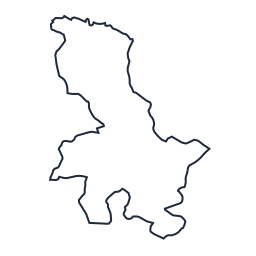 map outline of Caldas (Albers equal-area conic projection), rotated 273°
{"feature_id": "COL-1397", "entity_name": "Caldas", "entity_type": "Department", "adm_level": 1, "iso_a3": "COL", "parent_name": "Colombia", "parent_adm1": "", "projection": "albers", "projection_center": [-75.309, 5.29], "detail": "fine", "context": "isolated", "style": "outline", "palette": "slate", "viewbox_px": 256, "rotation_deg": 273, "n_neighbors": 0, "source": "natural_earth", "source_scale": "10m", "svg_char_len": 3549}
<svg xmlns="http://www.w3.org/2000/svg" viewBox="0 0 256 256"><g transform="rotate(273 128 128)"><path d="M231.3,46.8L232.0,48.1L233.3,49.1L234.1,50.1L234.1,55.8L234.3,56.5L234.7,57.2L235.2,57.9L236.5,58.5L236.2,59.3L235.5,60.3L234.5,62.4L233.5,64.1L233.1,65.6L234.6,66.3L235.6,68.3L234.6,72.8L231.7,80.0L234.3,80.8L235.0,82.0L233.9,83.0L231.2,83.5L228.8,84.3L228.4,85.9L229.5,87.5L231.7,88.2L230.7,90.8L230.4,93.9L230.8,97.0L231.7,99.6L229.3,100.0L228.8,101.1L229.6,104.9L229.0,105.8L227.8,106.6L226.6,107.7L225.3,112.1L222.2,117.8L221.5,121.1L220.9,122.0L218.3,124.5L217.4,125.0L216.7,125.8L217.0,127.8L215.2,128.3L208.8,125.5L202.8,123.8L201.3,123.9L197.8,124.6L194.6,126.0L188.2,124.6L184.8,124.7L178.6,126.8L175.1,127.2L172.7,127.3L169.8,128.5L168.5,129.6L164.3,131.5L163.5,134.4L156.4,144.8L155.5,146.8L155.2,147.7L154.8,148.6L153.9,149.2L152.4,149.7L149.9,149.2L146.3,147.5L141.4,149.7L139.9,151.3L137.5,152.8L134.4,153.8L132.1,153.8L130.0,153.2L128.0,153.4L125.5,154.6L121.9,157.9L118.1,162.3L116.5,166.6L119.4,168.2L121.7,172.1L116.4,182.4L115.8,184.8L115.6,187.0L118.2,192.1L119.7,194.6L119.4,197.1L118.3,199.8L115.3,203.9L111.5,210.4L107.3,206.2L102.3,202.2L99.4,199.3L97.1,196.5L93.9,191.5L92.3,190.3L90.6,189.9L87.0,189.6L82.6,188.4L80.7,188.2L76.9,188.5L72.5,187.9L71.8,186.9L71.8,186.0L71.5,185.0L69.9,182.3L68.6,181.5L67.9,181.2L67.5,181.4L67.5,181.7L67.4,182.0L64.0,185.1L63.1,185.7L61.8,186.0L59.5,186.2L57.8,185.9L56.6,185.3L56.0,184.7L55.2,183.1L49.4,169.1L48.4,169.2L43.6,176.7L43.1,178.1L42.8,183.7L42.4,185.5L41.4,187.0L38.9,189.5L37.6,190.2L34.0,189.4L31.0,188.1L30.4,186.8L26.5,183.8L24.7,181.2L23.6,178.7L23.3,177.7L23.1,176.4L23.0,173.7L21.7,171.4L19.5,169.4L23.3,159.9L25.4,156.4L26.1,155.8L27.5,155.6L30.5,155.8L31.5,156.2L34.4,158.0L35.8,151.7L39.4,144.4L39.9,143.0L40.1,141.7L40.0,138.4L39.7,137.4L38.4,136.6L37.8,135.8L37.4,134.6L37.2,132.7L37.9,130.9L41.1,128.3L42.0,128.2L43.1,128.4L46.1,129.8L48.8,129.0L51.3,131.4L52.0,131.7L53.5,132.3L58.8,133.5L61.8,132.3L63.0,132.0L66.3,127.2L67.0,125.5L65.1,123.5L64.1,122.1L63.6,119.9L63.7,118.8L62.7,117.4L57.8,112.3L56.0,110.9L54.4,110.1L53.5,110.0L52.7,110.4L50.9,111.8L50.1,112.1L48.2,112.1L41.6,115.1L40.4,115.3L34.3,116.0L31.4,113.7L31.4,113.1L31.2,111.5L31.3,109.6L31.2,94.4L40.1,90.7L51.1,83.0L53.5,82.7L55.9,84.5L57.8,85.8L59.7,87.7L61.3,88.1L64.9,88.0L68.4,88.4L72.3,88.1L74.2,88.8L76.7,89.5L77.5,85.5L77.7,82.1L77.3,78.7L74.7,69.4L74.7,67.0L75.6,61.8L73.2,60.9L72.3,58.8L72.3,53.6L72.1,53.0L74.2,53.1L79.5,55.1L81.7,55.4L83.6,57.0L83.6,57.6L84.1,58.2L84.3,58.8L84.5,59.5L85.1,60.3L86.0,61.0L92.3,63.4L93.3,64.1L95.0,64.1L96.0,63.9L103.5,59.9L105.2,60.7L105.9,61.3L106.7,61.9L107.9,62.5L110.4,63.3L111.4,64.3L111.8,65.9L111.6,69.2L111.3,71.0L111.6,72.6L113.3,74.5L114.5,75.3L115.7,75.6L116.7,76.2L117.9,78.0L121.9,89.7L122.3,91.7L122.3,92.6L121.6,98.7L126.0,97.0L128.6,103.8L129.4,103.6L130.5,103.2L132.4,100.0L133.0,99.2L133.7,98.4L134.3,97.5L136.0,94.4L137.1,93.4L138.7,92.1L142.2,89.9L144.5,88.7L146.1,88.1L146.7,88.0L150.9,87.6L151.8,87.1L152.3,86.7L152.4,85.3L158.1,79.0L159.5,76.4L159.5,75.7L159.3,75.0L159.1,70.2L159.6,65.8L165.8,65.2L169.1,64.0L171.2,62.9L172.4,62.1L173.3,61.3L174.1,60.3L174.6,59.3L175.3,58.4L176.3,56.6L187.1,53.5L193.3,52.3L197.1,51.6L200.5,52.5L201.3,53.1L201.8,53.7L203.6,55.3L210.5,59.9L212.1,60.7L217.7,59.0L219.8,55.0L220.6,51.4L221.3,49.7L221.9,48.6L222.1,47.2L222.5,46.7L223.1,46.3L224.4,46.0L225.3,46.0L226.8,45.6L227.4,45.6L228.0,45.9L229.4,47.2L229.9,47.7L231.3,46.8Z" fill="none" stroke="#1e293b" stroke-width="2"/></g></svg>